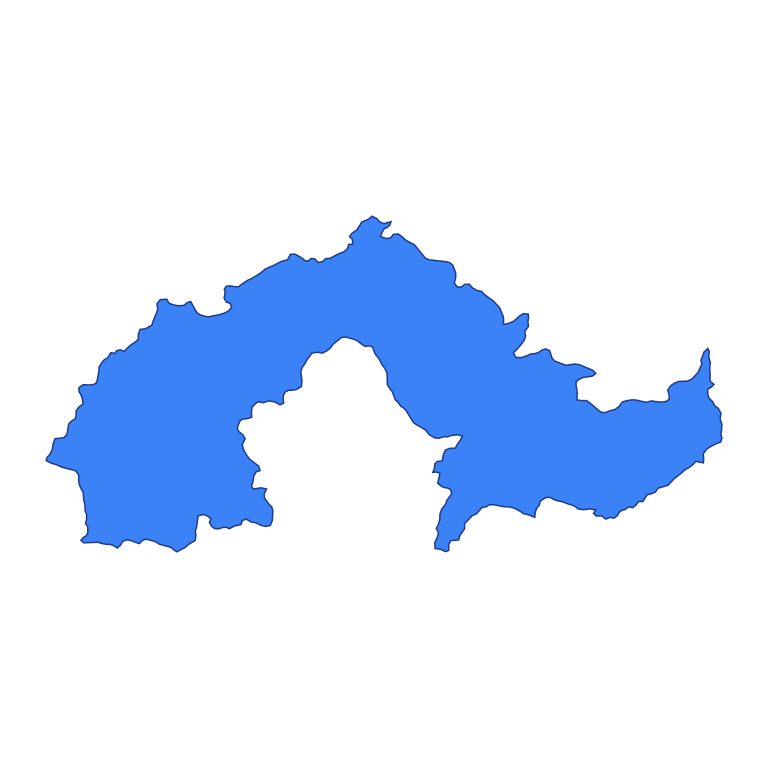 Inhapim, Minas Gerais, Brazil
{"feature_id": "56859067B8939369455012", "entity_name": "Inhapim", "entity_type": "district", "adm_level": 2, "iso_a3": "BRA", "parent_name": "Brazil", "parent_adm1": "Minas Gerais", "projection": "albers", "projection_center": [-41.95, -19.485], "detail": "fine", "context": "isolated", "style": "filled", "palette": "blue", "viewbox_px": 768, "rotation_deg": 0, "n_neighbors": 0, "source": "geoboundaries", "source_scale": "gbopen_adm2", "svg_char_len": 6082}
<svg xmlns="http://www.w3.org/2000/svg" viewBox="0 0 768 768"><path d="M528.3,314.1L523.3,313.7L519.6,316.0L513.6,321.3L506.8,324.0L503.4,324.1L503.6,319.8L503.0,315.6L501.3,312.0L499.8,308.0L493.4,301.0L488.9,297.9L484.4,294.4L481.4,291.3L476.8,290.4L472.4,287.8L469.2,284.2L464.5,284.4L461.6,287.1L457.1,286.9L454.3,282.9L455.7,277.8L455.7,272.9L452.9,265.4L449.7,262.6L445.5,261.6L429.4,259.9L425.3,258.1L416.3,247.0L414.0,244.5L405.9,240.3L402.5,237.1L398.2,233.9L393.3,234.4L391.0,237.5L387.4,238.6L383.9,237.9L380.4,236.2L382.4,231.8L384.2,228.7L387.3,227.4L389.9,224.9L391.0,221.7L383.8,223.6L379.7,221.9L376.7,218.6L372.1,216.2L368.6,219.2L361.6,222.1L360.0,225.1L356.8,229.9L351.9,233.3L349.6,236.6L352.3,239.2L352.8,244.0L348.7,244.5L347.4,248.9L343.7,251.9L337.6,254.3L329.9,258.4L325.6,258.6L322.9,261.4L318.3,262.6L314.8,258.9L311.0,258.4L308.6,260.9L305.3,260.9L302.1,258.2L295.3,254.2L290.5,254.2L287.5,259.8L281.2,261.5L273.6,265.4L265.5,268.9L259.8,273.6L251.5,278.6L248.1,280.1L245.3,281.8L241.4,284.5L238.3,286.9L234.2,286.6L229.8,285.8L226.1,286.4L224.3,289.3L225.2,292.8L224.1,298.0L226.4,302.2L230.1,303.3L231.5,307.3L229.3,310.3L225.5,312.6L221.4,314.2L208.4,316.9L204.0,316.0L200.3,314.9L197.4,313.0L195.3,310.0L190.7,301.5L187.2,302.6L183.8,305.4L178.2,305.8L172.9,304.7L168.9,303.1L166.8,299.2L160.3,299.6L156.9,303.9L157.8,308.8L156.6,312.8L153.1,321.1L151.9,325.1L145.4,328.8L140.1,329.4L138.3,334.2L138.3,339.4L134.9,342.3L130.9,344.9L127.5,347.9L124.2,351.3L120.2,349.8L116.6,350.8L114.5,353.4L110.8,352.7L107.7,357.8L103.8,360.2L101.6,363.0L99.1,367.0L98.9,371.0L97.3,380.0L95.9,383.3L92.9,384.8L88.2,385.0L83.2,384.6L78.9,387.7L79.1,391.8L81.1,395.1L82.3,398.5L83.1,403.9L78.9,407.1L76.1,410.9L76.1,415.2L75.2,419.0L72.1,420.6L68.7,424.0L67.0,434.4L63.8,437.7L55.0,438.7L53.2,443.8L52.3,449.5L49.8,454.7L47.3,457.1L46.1,460.5L50.8,463.0L56.4,464.7L62.0,467.2L67.9,468.8L72.0,469.7L75.6,470.9L78.8,474.9L78.6,479.5L79.2,484.5L81.0,488.5L83.1,492.2L83.8,500.4L84.9,504.6L85.2,511.2L86.6,514.4L86.6,519.5L85.5,523.5L87.7,526.6L87.9,532.9L86.1,535.8L83.3,537.6L80.9,540.3L83.6,542.8L97.8,542.3L102.6,543.7L106.5,544.3L109.8,544.4L113.3,545.4L117.1,548.0L120.3,545.3L122.8,541.4L126.6,539.9L130.7,540.4L134.8,542.1L139.4,543.6L142.8,540.2L146.3,539.1L155.7,541.7L159.3,544.2L171.2,547.4L174.0,550.0L176.9,551.8L185.5,547.2L188.7,544.3L195.2,540.5L195.9,535.3L195.3,531.0L196.5,527.4L198.1,515.9L203.4,514.5L207.5,516.0L211.0,518.8L209.4,522.4L211.4,526.1L214.5,528.5L218.6,528.9L222.5,527.5L226.1,527.2L229.3,528.7L234.7,525.9L240.9,524.7L242.2,520.7L246.1,519.0L251.0,522.0L256.0,522.8L261.1,525.4L265.9,526.4L270.3,525.4L272.4,520.3L272.8,510.6L271.7,506.7L269.0,504.3L264.4,497.9L264.2,493.9L266.6,489.0L261.2,487.8L253.0,489.0L251.6,485.9L253.1,481.2L253.8,475.7L256.2,471.8L260.1,470.6L258.7,466.2L249.7,459.2L246.4,454.9L243.8,450.2L242.2,444.6L245.2,438.9L243.1,435.0L239.4,432.1L237.4,429.5L238.0,425.5L239.8,421.3L242.6,419.0L246.8,418.7L251.7,417.3L251.4,412.0L252.0,407.2L254.5,404.6L257.9,401.7L263.2,402.7L268.6,400.9L274.9,401.9L280.1,404.9L283.7,403.0L283.1,399.4L283.3,395.8L284.9,392.2L288.4,390.3L292.1,390.3L296.2,389.6L301.3,386.6L302.0,381.2L300.8,371.7L302.2,367.3L305.0,363.5L307.0,359.7L312.0,353.1L317.4,352.3L322.4,353.1L326.8,350.9L330.1,348.3L333.2,344.1L341.7,337.4L345.9,337.1L352.9,339.0L357.0,340.5L361.2,343.9L365.0,346.4L369.1,345.8L372.7,347.0L373.7,350.5L375.6,354.5L379.0,358.7L381.6,364.0L384.9,368.6L386.9,372.8L387.2,377.4L387.3,384.4L389.6,388.4L392.3,391.6L395.3,399.8L398.0,402.2L400.8,406.2L403.9,408.2L406.2,410.7L413.5,422.6L416.7,424.9L420.4,426.8L425.4,429.9L429.2,434.6L434.7,437.9L439.1,438.2L443.8,436.7L447.7,436.8L451.2,435.4L457.8,434.8L462.5,436.0L459.9,440.8L457.1,444.8L455.3,448.2L450.0,448.3L445.5,450.0L443.7,453.6L442.8,457.4L442.2,461.1L437.5,461.4L434.9,463.6L434.4,468.4L432.8,472.4L436.3,472.0L440.0,473.3L437.7,483.3L441.4,486.3L444.7,487.6L448.1,488.2L451.1,490.1L451.5,493.9L446.7,500.7L445.4,504.5L441.6,509.3L440.0,514.2L439.7,519.6L438.5,524.4L436.3,528.4L438.5,532.7L437.2,537.6L434.7,542.9L435.2,548.6L440.4,549.2L445.5,551.6L448.8,550.4L448.7,544.2L451.1,540.4L454.5,540.4L458.7,539.9L459.9,535.5L464.6,528.8L464.6,523.7L471.9,515.9L476.7,513.6L482.0,507.4L486.1,506.8L489.4,504.7L494.3,504.8L503.8,506.7L509.6,506.9L514.0,508.0L520.5,511.5L523.5,513.7L526.9,514.3L534.8,517.3L535.2,512.6L536.6,508.4L539.1,505.4L540.2,501.4L543.2,499.0L546.7,497.3L550.9,497.6L553.6,499.5L557.7,500.8L562.9,501.9L567.9,503.9L572.2,505.0L575.6,506.9L578.3,509.0L583.8,509.7L589.9,508.8L595.8,510.0L593.5,513.4L596.2,516.0L601.8,515.9L605.7,519.1L609.8,517.4L613.8,518.2L617.3,515.7L619.3,512.1L622.1,510.2L625.6,509.4L628.3,506.8L632.6,507.7L636.2,504.9L638.3,501.5L642.9,501.5L647.1,494.8L651.6,493.7L655.4,492.0L658.0,488.2L668.1,485.2L674.2,478.7L681.5,473.0L684.9,469.9L688.7,467.7L692.4,465.1L695.8,461.4L703.4,462.9L703.7,458.3L703.2,453.9L706.8,448.9L711.5,446.1L716.8,443.4L720.6,442.1L721.9,438.2L720.8,433.7L721.6,429.9L721.9,424.5L720.1,418.9L721.0,413.3L718.2,408.3L714.6,405.6L712.7,401.6L709.2,398.4L707.8,394.7L707.6,389.4L711.2,387.1L714.0,384.5L710.0,381.0L710.1,374.4L709.7,368.0L710.3,362.6L708.7,356.6L709.3,351.6L707.9,348.5L704.0,352.0L700.9,360.4L701.9,364.3L700.0,367.9L698.0,372.5L691.9,379.1L686.9,381.2L679.1,381.4L674.9,382.9L670.5,385.8L667.7,390.2L669.1,394.9L669.3,399.3L665.7,401.6L661.2,402.1L656.9,401.8L651.5,400.9L646.6,402.3L641.3,401.3L637.2,400.2L632.7,399.8L627.6,400.5L622.3,402.0L619.1,406.4L614.9,409.6L609.6,410.8L605.8,412.4L602.4,412.7L598.8,410.6L591.3,404.1L586.7,400.6L581.6,400.6L576.8,399.9L577.2,393.7L576.8,389.2L576.1,385.8L576.1,381.8L578.7,379.6L582.9,377.5L592.4,376.1L595.8,373.5L593.0,370.4L579.2,364.6L574.6,364.0L566.1,365.3L554.7,361.1L552.1,358.2L549.6,350.6L545.7,348.9L541.7,350.2L538.7,352.4L535.3,353.5L530.8,354.0L526.5,355.9L521.4,357.6L515.8,357.4L513.4,352.7L517.0,349.3L522.1,343.2L524.4,340.0L525.6,336.0L524.7,331.6L528.5,326.3L527.9,321.7L528.5,318.1L528.3,314.1Z" fill="#3b82f6" stroke="#1e3a8a" stroke-width="1.5"/></svg>